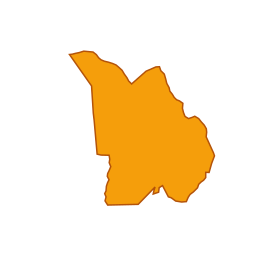 Siriri, Sergipe, Brazil, rotated 323°
{"feature_id": "56859067B39899980118162", "entity_name": "Siriri", "entity_type": "district", "adm_level": 2, "iso_a3": "BRA", "parent_name": "Brazil", "parent_adm1": "Sergipe", "projection": "natural_earth1", "projection_center": [-37.12, -10.561], "detail": "fine", "context": "isolated", "style": "filled", "palette": "amber", "viewbox_px": 256, "rotation_deg": 323, "n_neighbors": 0, "source": "geoboundaries", "source_scale": "gbopen_adm2", "svg_char_len": 1231}
<svg xmlns="http://www.w3.org/2000/svg" viewBox="0 0 256 256"><g transform="rotate(323 128 128)"><path d="M125.5,34.1L124.2,72.5L109.2,95.3L105.7,101.3L87.6,130.3L90.2,133.4L96.5,138.4L94.6,142.0L92.1,144.4L91.0,148.5L87.2,150.7L84.4,152.1L82.4,154.1L81.7,157.9L78.9,159.3L75.7,161.5L72.6,165.0L69.9,166.4L69.0,169.8L65.8,172.4L65.4,177.3L90.2,195.1L114.1,191.4L110.9,193.7L108.4,195.9L113.8,197.7L117.0,194.4L120.9,194.8L118.8,207.3L120.5,209.7L122.1,215.0L126.3,219.4L130.3,221.9L134.3,219.6L137.6,218.4L141.8,218.4L147.5,217.6L150.6,215.5L154.1,215.1L156.9,215.2L160.2,214.4L163.4,210.2L166.0,212.3L173.5,206.6L180.3,202.3L181.3,199.3L185.1,182.1L188.3,178.7L190.1,175.7L190.6,171.6L190.2,167.2L190.1,163.0L188.4,158.8L185.5,158.1L182.0,156.9L180.5,153.1L181.6,149.1L183.3,145.1L186.7,141.3L185.4,137.3L183.8,134.7L183.3,131.4L183.7,127.7L183.6,123.8L185.1,120.5L185.8,115.7L187.7,111.3L189.4,106.8L188.7,102.0L190.0,98.0L187.0,96.0L176.6,93.5L157.4,95.0L156.8,90.9L157.4,87.3L157.5,82.6L158.0,78.4L157.2,74.1L156.4,70.5L154.5,67.2L152.1,63.8L149.3,60.4L147.5,57.3L146.8,54.2L146.9,50.4L145.8,46.3L142.2,43.0L138.9,40.0L134.4,38.4L130.8,36.7L127.9,35.5L125.5,34.1Z" fill="#f59e0b" stroke="#b45309" stroke-width="1.5"/></g></svg>